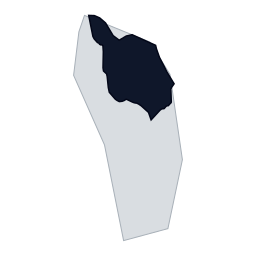 Saint Andrew highlighted on a map of Dominica
{"feature_id": "DMA-1432", "entity_name": "Saint Andrew", "entity_type": "Parish", "adm_level": 1, "iso_a3": "DMA", "parent_name": "Dominica", "parent_adm1": "", "projection": "natural_earth1", "projection_center": [-61.355, 15.539], "detail": "fine", "context": "in_parent", "style": "filled", "palette": "ink", "viewbox_px": 256, "rotation_deg": 0, "n_neighbors": 0, "source": "natural_earth", "source_scale": "10m", "svg_char_len": 1232}
<svg xmlns="http://www.w3.org/2000/svg" viewBox="0 0 256 256"><path d="M167.9,228.6L123.6,240.6L104.5,144.9L73.6,75.3L78.9,31.8L84.5,15.4L149.8,42.0L170.0,74.4L182.4,159.7L167.9,228.6Z" fill="#d9dde1" stroke="#a8b0b8" stroke-width="1"/><path d="M88.7,15.4L94.4,15.6L99.7,17.9L105.5,22.9L113.1,35.6L119.2,40.2L126.3,36.0L132.1,34.7L155.6,45.3L156.5,49.0L159.5,57.5L164.2,66.5L166.8,71.8L174.1,83.8L171.5,87.5L170.7,89.6L170.9,90.4L171.3,101.6L171.1,102.7L171.0,102.8L170.7,103.0L168.9,105.0L168.5,105.5L168.2,105.7L167.9,105.8L167.7,105.8L166.9,105.8L166.6,105.9L165.4,107.1L164.6,108.1L164.2,108.5L163.9,108.7L163.7,108.7L163.4,108.7L163.2,108.6L162.9,108.7L162.7,108.8L162.6,108.7L162.4,108.6L162.2,108.5L160.0,110.2L151.1,119.9L148.5,112.4L141.2,105.8L138.5,104.0L136.6,103.1L135.2,103.0L133.7,102.6L132.0,101.9L127.0,99.5L126.5,99.3L125.9,99.4L124.0,100.6L122.1,101.3L119.3,101.6L117.0,100.4L115.3,99.2L109.3,92.3L108.3,87.6L107.2,76.7L106.6,73.9L103.5,71.0L103.0,67.8L103.3,51.7L102.9,45.7L102.7,45.6L102.3,45.0L102.2,44.9L101.9,44.8L101.7,44.8L101.3,44.9L100.9,44.9L100.6,44.8L99.8,44.4L99.6,44.3L99.4,44.0L99.2,43.5L99.1,43.3L97.4,42.5L94.2,38.9L92.9,36.4L88.7,15.4Z" fill="#0f172a" stroke="#020617" stroke-width="1.5"/></svg>